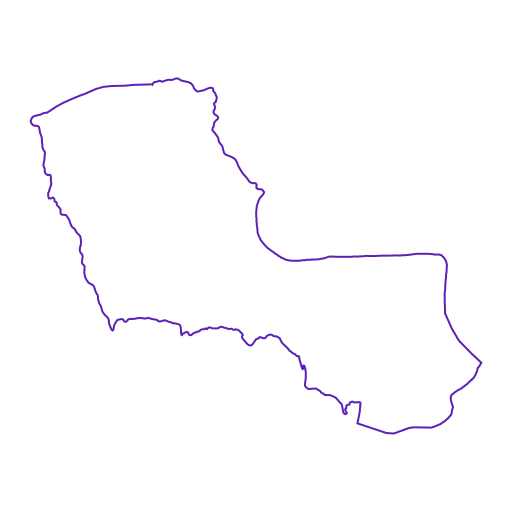 Nacala, Nampula, Mozambique, rotated 270°
{"feature_id": "85939544B80255250880532", "entity_name": "Nacala", "entity_type": "district", "adm_level": 2, "iso_a3": "MOZ", "parent_name": "Mozambique", "parent_adm1": "Nampula", "projection": "albers", "projection_center": [40.711, -14.547], "detail": "fine", "context": "isolated", "style": "outline", "palette": "violet", "viewbox_px": 512, "rotation_deg": 270, "n_neighbors": 0, "source": "geoboundaries", "source_scale": "gbopen_adm2", "svg_char_len": 6019}
<svg xmlns="http://www.w3.org/2000/svg" viewBox="0 0 512 512"><g transform="rotate(270 256 256)"><path d="M319.9,264.1L320.2,263.7L321.5,262.9L322.6,261.6L322.8,258.6L323.7,256.6L325.2,256.3L327.2,256.7L328.7,255.7L329.0,251.7L330.1,249.6L334.3,246.6L339.0,242.4L345.8,238.4L349.1,237.2L352.2,235.6L353.9,233.7L355.2,231.2L357.5,225.4L359.2,224.0L365.4,222.4L367.4,221.2L368.7,219.8L371.0,218.7L373.6,218.3L375.0,217.7L379.2,214.7L380.6,213.2L381.9,212.4L384.1,212.7L385.3,213.6L389.5,214.3L391.7,216.1L392.5,217.2L393.6,218.0L394.7,218.1L396.0,217.3L397.7,214.5L399.2,213.6L400.8,213.5L402.4,214.5L404.9,215.2L408.2,213.9L409.6,214.9L410.2,215.9L411.5,216.0L412.8,216.6L415.2,216.7L417.3,215.6L418.4,215.4L421.3,213.1L422.3,213.3L423.7,212.9L424.4,210.6L423.5,207.8L421.7,203.6L420.6,198.4L420.7,196.8L422.2,195.2L423.7,194.0L426.6,192.9L428.7,190.8L429.8,188.5L431.6,180.8L432.6,179.7L433.5,178.0L433.5,175.8L432.1,172.2L432.0,170.8L432.3,169.3L431.8,166.6L430.3,162.2L431.3,159.6L430.4,157.2L429.9,154.5L429.2,153.5L427.8,152.7L428.1,152.6L427.6,150.9L427.1,133.2L426.3,125.1L426.0,111.7L425.1,103.3L423.0,95.9L417.5,83.4L417.5,82.8L414.3,74.8L409.7,64.3L405.9,57.1L399.3,47.1L399.2,45.0L398.8,43.4L397.3,40.2L397.1,39.0L395.8,34.1L395.0,32.8L394.1,31.9L392.4,31.2L391.0,30.7L390.3,30.8L389.1,31.2L387.7,32.2L386.6,33.3L386.0,37.6L385.3,38.7L384.1,39.2L379.0,40.1L374.8,41.7L364.3,42.5L361.8,43.6L360.3,44.7L358.8,45.0L354.8,44.5L352.6,44.5L348.0,43.5L346.0,43.5L343.6,44.6L339.7,44.9L338.5,45.6L337.4,46.7L336.8,48.0L337.2,49.2L337.2,50.0L336.2,50.7L333.3,51.0L331.0,50.8L329.3,51.3L327.0,51.1L322.0,49.3L321.0,49.3L319.3,48.3L317.8,48.1L315.4,48.3L313.6,48.9L313.6,51.0L314.5,52.9L313.3,54.2L312.7,54.4L310.8,54.5L310.4,54.8L310.1,56.0L309.5,56.6L307.8,56.7L306.5,57.2L304.7,59.1L302.5,60.6L299.2,60.5L297.8,61.1L297.3,62.2L297.0,65.6L296.4,66.5L291.9,69.4L289.6,69.9L287.8,70.8L286.0,71.4L284.7,72.5L283.1,74.7L280.3,76.1L278.7,77.4L276.0,80.1L273.2,80.8L269.8,81.0L266.1,80.7L265.7,80.2L262.3,79.7L260.7,80.0L259.3,80.6L257.3,82.2L255.9,82.7L249.7,81.9L248.5,82.2L245.8,84.6L239.7,84.3L237.2,84.6L234.4,85.3L232.1,86.5L229.2,88.6L226.7,93.2L224.9,94.2L221.3,95.3L218.1,96.7L217.3,97.5L215.0,98.0L213.1,98.0L208.7,99.2L206.3,100.7L200.2,102.5L197.1,104.8L194.2,107.8L192.2,108.7L188.7,109.0L186.5,109.8L182.4,111.5L181.5,112.6L181.9,113.2L182.9,113.5L185.6,113.9L187.5,114.5L191.7,117.1L192.3,118.3L192.9,121.3L192.8,122.5L192.2,123.3L191.0,123.9L190.3,124.8L190.2,125.9L191.3,127.3L192.5,128.1L193.0,129.5L193.1,133.9L193.8,137.4L194.0,140.0L194.0,141.3L193.5,143.9L193.4,145.3L193.9,146.7L194.0,147.9L193.9,149.3L193.2,151.1L192.2,156.5L191.6,157.7L190.8,158.3L190.6,159.2L190.7,161.1L191.7,164.2L191.5,165.7L191.1,166.9L190.4,168.2L189.7,170.9L188.9,172.6L188.4,176.3L187.5,179.1L187.0,179.8L184.9,180.7L178.3,181.2L177.1,181.6L176.9,182.0L178.2,182.6L180.0,186.4L180.0,187.3L179.5,188.1L178.6,188.4L177.1,189.3L176.9,190.0L176.9,191.2L179.2,194.1L179.6,195.9L180.1,196.5L180.4,198.4L181.3,199.9L181.9,200.3L182.5,201.5L182.8,204.1L183.5,205.0L183.6,205.6L183.0,206.3L182.9,207.1L184.2,208.2L184.6,208.9L184.4,210.6L183.6,212.4L183.6,217.2L183.9,218.3L185.2,220.5L185.2,221.3L185.0,222.5L184.2,224.5L184.1,225.6L183.1,228.2L183.0,229.5L183.3,231.6L182.3,233.1L182.2,235.0L182.7,235.6L182.0,238.3L178.5,242.0L176.9,242.8L175.8,242.1L174.6,242.0L173.7,242.4L168.2,247.1L166.9,248.7L166.6,250.1L166.7,251.5L167.7,252.5L172.8,256.1L173.3,257.2L173.4,258.2L174.0,259.0L174.8,259.4L174.8,260.7L174.2,262.0L173.7,264.2L173.9,265.1L174.6,265.9L175.4,266.3L176.0,266.8L176.8,268.3L177.3,269.5L177.4,271.3L176.7,272.6L175.9,273.6L175.5,276.8L174.2,279.1L173.3,280.1L171.4,280.7L168.8,282.3L164.0,287.5L161.3,289.5L160.4,291.1L159.2,291.9L158.0,294.7L155.9,296.9L155.8,298.8L155.3,299.2L154.0,299.2L151.8,299.7L143.7,302.0L142.9,302.8L143.4,303.5L146.1,303.1L146.5,303.4L146.3,304.2L145.0,304.8L142.7,305.4L139.1,305.8L136.2,305.8L132.4,305.6L127.6,304.9L125.9,305.2L124.9,305.9L123.8,307.2L123.0,308.5L123.4,314.4L123.3,316.6L121.8,318.3L121.6,319.3L120.6,320.4L119.5,321.1L118.6,322.4L118.4,323.5L117.0,324.7L116.9,330.1L115.2,334.1L114.0,336.1L109.3,340.1L108.5,341.1L107.5,341.8L99.7,343.3L98.1,344.5L97.8,345.6L98.9,346.8L102.2,345.2L103.0,345.3L103.8,346.2L106.4,346.4L106.9,347.2L107.6,349.5L108.8,349.6L109.6,350.1L110.4,352.4L109.6,353.9L109.8,359.7L109.1,360.5L100.0,359.7L88.6,357.5L79.0,386.3L78.5,393.8L84.1,409.3L84.1,410.1L84.5,411.6L84.7,414.9L84.4,431.5L85.6,434.9L88.0,440.6L89.6,442.7L90.0,443.8L94.9,449.2L95.8,449.7L96.4,450.6L98.5,451.5L99.9,451.8L101.0,451.8L104.9,453.0L111.5,450.9L115.1,450.7L117.5,451.9L118.4,453.5L119.3,454.0L119.8,455.0L121.4,457.3L124.0,462.0L125.3,463.3L125.6,464.3L126.9,465.5L127.7,466.9L131.6,470.7L131.9,471.6L133.0,472.2L133.7,473.3L137.1,475.4L139.4,476.3L140.7,477.0L142.0,477.4L143.6,477.5L146.7,479.9L149.3,481.3L158.4,471.6L170.5,459.7L174.3,457.0L175.0,456.8L183.3,451.9L198.8,445.0L203.9,445.0L210.1,444.7L219.8,444.7L220.9,445.0L223.5,445.2L228.5,445.3L229.5,445.6L232.9,445.7L234.0,446.0L237.4,446.1L239.8,446.5L247.4,446.9L251.0,446.0L254.6,443.8L255.5,442.5L256.7,441.7L257.5,439.1L257.4,434.7L257.7,433.7L258.2,428.9L258.2,416.8L256.8,405.9L256.8,403.0L256.5,400.8L256.6,393.7L256.4,392.4L256.3,380.8L255.9,373.5L256.1,365.4L255.7,363.1L255.7,359.7L255.4,358.4L255.5,353.0L255.2,351.9L255.2,335.7L255.4,334.6L255.4,329.3L253.5,323.4L253.5,322.3L252.7,319.0L252.5,315.4L252.5,311.4L252.2,310.1L252.2,306.7L251.8,305.6L251.8,302.5L251.4,300.7L251.2,297.4L251.3,291.2L251.6,289.8L251.6,288.5L252.5,285.3L253.7,283.1L254.0,281.7L255.1,280.5L256.3,278.2L257.4,277.1L257.9,275.9L259.9,273.4L260.8,272.1L261.2,271.1L262.2,270.3L263.8,267.8L267.4,264.3L270.9,261.5L272.3,260.5L274.3,259.7L275.8,258.8L279.9,257.5L282.6,257.5L283.8,257.2L285.1,257.2L286.2,256.8L288.8,256.8L290.1,256.5L294.4,256.5L295.3,256.2L296.3,256.2L300.1,256.2L303.0,256.5L306.3,256.9L312.1,258.9L313.9,259.9L317.8,263.3L319.9,264.1Z" fill="none" stroke="#5b21b6" stroke-width="2"/></g></svg>